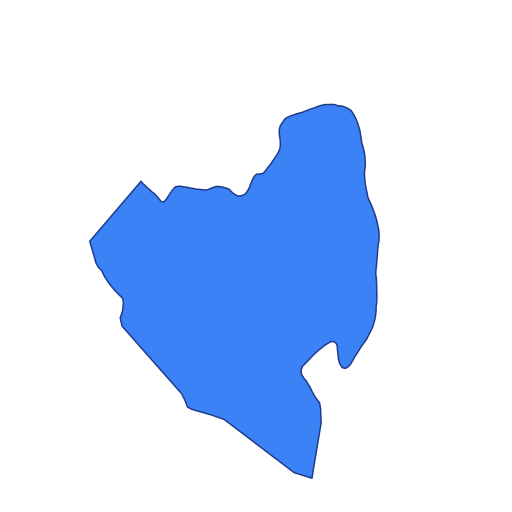 Jahaf, Al Dali', Yemen (Equal Earth projection), rotated 28°
{"feature_id": "15242507B12481598225051", "entity_name": "Jahaf", "entity_type": "district", "adm_level": 2, "iso_a3": "YEM", "parent_name": "Yemen", "parent_adm1": "Al Dali'", "projection": "equal_earth", "projection_center": [44.673, 13.731], "detail": "fine", "context": "isolated", "style": "filled", "palette": "blue", "viewbox_px": 512, "rotation_deg": 28, "n_neighbors": 0, "source": "geoboundaries", "source_scale": "gbopen_adm2", "svg_char_len": 2933}
<svg xmlns="http://www.w3.org/2000/svg" viewBox="0 0 512 512"><g transform="rotate(28 256 256)"><path d="M119.4,244.1L102.3,321.0L118.0,337.3L122.3,340.1L126.6,341.4L128.9,343.1L132.0,345.3L134.8,346.8L137.6,348.4L140.4,349.8L143.0,350.9L146.2,352.1L148.8,353.1L152.2,354.2L155.8,355.3L158.5,356.2L160.9,359.7L164.0,367.1L165.2,374.5L170.7,380.8L199.8,391.8L255.0,412.5L261.7,417.3L266.4,421.5L271.1,421.5L279.3,419.9L291.1,417.3L304.7,415.3L349.6,422.6L391.5,429.4L409.7,425.9L402.5,404.6L397.9,390.8L391.9,372.9L384.9,360.8L381.2,355.9L380.7,355.6L377.5,354.2L374.8,352.9L372.0,351.2L369.6,349.6L367.3,347.9L364.8,346.2L361.9,344.5L359.0,342.7L356.2,341.7L353.7,340.3L351.3,338.6L349.2,335.3L348.9,331.2L349.9,328.1L351.2,323.8L352.2,319.7L353.4,315.7L354.5,312.5L355.7,309.4L357.2,305.9L358.5,303.0L360.3,299.6L362.3,296.6L364.7,295.1L367.7,295.4L370.0,297.4L371.9,300.5L374.0,303.6L375.9,306.4L377.7,308.9L379.8,311.1L382.2,312.8L384.7,314.1L387.8,313.2L389.6,310.1L390.3,306.8L390.5,302.9L390.5,299.4L390.7,296.0L391.1,292.4L391.3,288.8L391.6,285.3L392.2,281.7L392.7,277.8L392.6,274.3L392.6,270.1L392.4,266.2L392.1,262.3L391.2,258.2L390.4,254.9L389.1,251.3L387.6,247.7L386.0,244.7L384.8,241.5L383.4,238.3L381.9,235.3L380.1,232.1L378.3,229.0L376.5,225.5L374.5,222.2L372.5,218.8L370.4,216.1L368.9,213.0L367.6,209.8L366.3,206.6L364.6,202.7L363.2,199.4L361.6,195.8L360.1,192.4L358.7,188.8L357.6,185.5L356.1,182.0L354.0,178.2L352.0,175.2L349.6,172.4L347.1,169.3L344.9,166.9L342.8,164.7L340.2,162.3L338.1,160.4L335.8,158.4L332.7,155.9L330.4,154.2L327.9,152.3L325.9,150.0L323.9,147.5L321.2,144.2L318.9,141.4L316.4,137.8L314.5,134.7L312.8,131.9L311.4,128.4L310.1,125.0L308.4,121.7L306.7,119.1L304.7,115.9L302.6,113.3L300.3,110.5L298.2,108.4L296.1,106.3L294.2,103.4L291.4,99.9L289.6,97.4L287.5,95.0L285.0,92.7L282.5,90.2L279.4,87.7L277.1,86.0L274.5,84.5L272.0,83.0L269.4,82.6L266.8,82.6L263.5,82.9L260.8,83.5L258.0,84.9L255.3,85.2L252.2,86.3L249.2,88.1L246.1,89.7L243.1,92.2L240.5,94.7L238.5,97.3L235.2,100.6L233.0,103.2L231.0,105.6L228.5,108.3L225.9,110.6L223.7,113.0L221.2,115.6L218.9,118.4L217.2,121.4L216.8,125.0L216.3,129.5L217.2,133.5L218.7,136.4L220.6,139.2L222.5,141.7L224.3,144.5L225.9,147.7L226.9,151.1L227.1,154.5L226.8,158.6L226.2,163.8L225.8,167.9L225.0,172.0L224.4,176.1L223.5,179.8L220.8,181.9L218.1,183.5L217.0,186.9L217.2,191.5L217.5,195.1L218.0,198.5L218.0,202.4L217.5,206.1L215.6,208.9L211.9,211.6L209.0,211.6L206.1,211.3L203.2,210.5L200.7,209.6L198.0,210.1L195.0,210.6L192.3,211.4L188.3,213.2L186.1,215.4L184.2,217.7L182.0,220.4L179.6,221.8L177.1,222.8L174.0,224.1L171.5,225.2L168.8,225.8L166.3,226.8L163.2,227.6L160.3,228.7L157.7,229.5L155.1,230.6L152.2,233.0L151.4,236.5L150.9,239.9L150.5,244.2L150.2,247.6L149.3,251.4L146.8,252.5L144.3,251.4L141.7,250.3L139.0,249.4L136.4,248.5L133.5,248.2L130.3,247.1L127.5,246.7L125.0,245.8L122.4,245.2L119.4,244.1Z" fill="#3b82f6" stroke="#1e3a8a" stroke-width="1.5"/></g></svg>